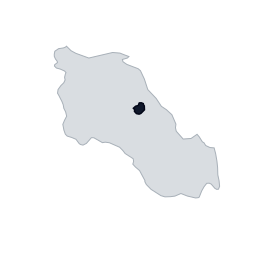 location of Peqin, Elbasan, Albania, rotated 138°
{"feature_id": "67620474B93113119561724", "entity_name": "Peqin", "entity_type": "district", "adm_level": 2, "iso_a3": "ALB", "parent_name": "Albania", "parent_adm1": "Elbasan", "projection": "robinson", "projection_center": [19.782, 41.055], "detail": "fine", "context": "in_parent", "style": "filled", "palette": "ink", "viewbox_px": 256, "rotation_deg": 138, "n_neighbors": 0, "source": "geoboundaries", "source_scale": "gbopen_adm2", "svg_char_len": 1725}
<svg xmlns="http://www.w3.org/2000/svg" viewBox="0 0 256 256"><g transform="rotate(138 128 128)"><path d="M80.9,77.1L81.0,73.6L82.0,68.0L81.4,66.2L82.0,63.0L80.2,58.7L77.3,55.6L80.1,50.2L84.2,43.7L88.0,38.5L92.6,33.1L95.6,27.9L98.9,23.4L101.7,22.0L103.1,23.0L103.8,24.9L103.7,30.7L104.6,32.7L106.5,34.2L110.7,33.5L115.2,32.0L121.3,29.0L122.4,29.2L124.6,30.8L129.4,37.7L132.5,43.9L138.7,46.0L142.2,48.4L146.6,52.1L148.8,55.7L151.9,66.9L152.2,73.7L151.4,76.8L150.6,77.6L147.9,88.6L148.6,94.2L148.6,97.9L146.2,99.4L144.7,101.7L147.2,110.9L146.9,114.8L147.1,119.3L151.7,129.5L154.4,132.7L156.8,134.2L159.9,143.6L161.7,145.3L169.2,144.4L172.9,145.4L174.4,147.6L174.7,149.2L174.2,154.4L176.1,158.5L178.6,162.7L178.7,165.3L177.0,169.4L174.0,174.3L170.0,176.2L165.7,177.8L163.6,181.6L162.5,185.6L160.6,188.6L159.4,191.8L157.6,198.5L157.1,201.0L154.2,203.4L149.6,204.4L145.4,204.6L142.6,205.8L141.2,208.1L138.6,209.9L137.0,210.7L137.0,212.8L138.9,217.1L141.1,220.5L141.2,223.3L140.1,224.1L136.7,223.8L136.0,224.8L135.7,227.9L134.8,230.6L133.4,232.2L131.0,234.0L126.5,233.4L122.4,230.7L120.2,229.9L119.0,230.0L118.6,223.5L116.8,218.4L110.3,206.2L88.9,194.4L83.9,189.1L81.7,184.7L79.5,180.5L81.6,180.4L83.7,181.4L86.3,182.7L87.4,180.6L86.3,176.0L80.8,165.3L80.4,162.3L83.1,153.4L87.6,143.3L87.3,131.1L88.7,121.8L87.2,115.9L86.5,108.5L89.8,98.8L92.6,96.4L94.3,93.3L94.4,82.9L88.1,78.0L80.9,77.1Z" fill="#d9dde1" stroke="#a8b0b8" stroke-width="1"/><path d="M103.6,130.5L101.1,133.5L100.9,134.9L100.3,135.9L101.2,137.8L102.8,139.1L104.2,138.5L104.6,138.0L105.5,138.0L107.8,139.1L110.8,139.1L110.8,137.2L112.1,136.0L112.1,133.1L111.0,131.5L110.2,130.7L108.6,130.2L103.6,130.5Z" fill="#0f172a" stroke="#020617" stroke-width="1.5"/></g></svg>